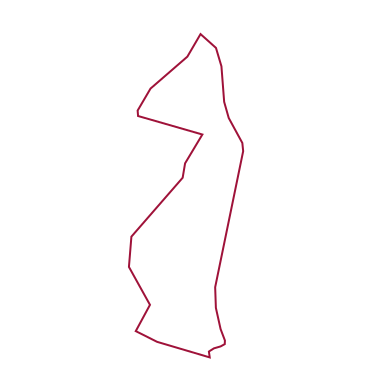 Yalova, Equal Earth projection, rotated 107°
{"feature_id": "TUR-5518", "entity_name": "Yalova", "entity_type": "Province", "adm_level": 1, "iso_a3": "TUR", "parent_name": "Turkey", "parent_adm1": "", "projection": "equal_earth", "projection_center": [29.141, 40.585], "detail": "fine", "context": "isolated", "style": "outline", "palette": "rose", "viewbox_px": 384, "rotation_deg": 107, "n_neighbors": 0, "source": "natural_earth", "source_scale": "10m", "svg_char_len": 509}
<svg xmlns="http://www.w3.org/2000/svg" viewBox="0 0 384 384"><g transform="rotate(107 192 192)"><path d="M135.1,265.8L130.0,267.8L105.2,261.9L63.9,236.0L38.5,230.0L47.2,211.2L63.2,200.6L96.4,187.6L110.5,178.5L130.4,158.2L138.0,155.0L276.3,142.0L295.8,135.3L314.7,124.6L324.4,117.1L327.9,116.2L331.3,119.5L335.1,125.3L339.6,129.2L345.0,126.7L345.5,181.6L341.5,205.1L312.2,199.2L282.1,230.4L252.4,236.9L181.1,205.1L166.6,207.0L134.0,198.9L135.1,265.8Z" fill="none" stroke="#9f1239" stroke-width="2"/></g></svg>